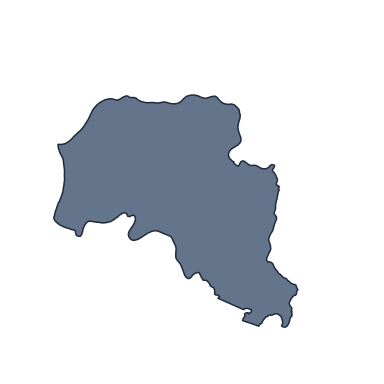 outline of Caapiranga, Amazonas, Brazil, rotated 24°
{"feature_id": "56859067B97968343077652", "entity_name": "Caapiranga", "entity_type": "district", "adm_level": 2, "iso_a3": "BRA", "parent_name": "Brazil", "parent_adm1": "Amazonas", "projection": "natural_earth1", "projection_center": [-61.698, -3.056], "detail": "fine", "context": "isolated", "style": "filled", "palette": "slate", "viewbox_px": 384, "rotation_deg": 24, "n_neighbors": 0, "source": "geoboundaries", "source_scale": "gbopen_adm2", "svg_char_len": 6078}
<svg xmlns="http://www.w3.org/2000/svg" viewBox="0 0 384 384"><g transform="rotate(24 192 192)"><path d="M290.6,288.9L300.7,287.9L307.6,287.4L307.8,285.6L308.2,284.7L308.8,284.0L309.2,282.8L309.1,282.0L309.0,281.0L309.2,280.2L310.1,277.1L310.2,275.9L311.0,275.5L311.6,275.1L312.0,274.2L312.3,273.4L312.9,272.8L314.5,272.3L315.0,272.0L317.6,269.5L318.3,269.1L319.1,268.7L319.7,268.6L320.6,268.7L322.9,269.2L323.9,269.6L324.4,270.0L325.0,270.5L325.9,271.7L327.2,273.0L328.0,274.2L328.3,275.6L328.2,277.6L328.7,278.1L329.6,278.2L330.4,278.1L331.0,278.0L331.9,277.6L332.6,277.0L333.0,276.6L333.5,275.4L333.7,274.6L333.8,271.8L333.7,270.8L333.1,268.0L333.0,266.8L333.2,265.9L333.7,264.8L333.3,264.2L333.3,263.4L332.7,262.5L332.2,262.0L332.1,260.9L331.7,260.4L331.1,260.4L331.0,259.3L330.5,257.6L329.8,257.1L329.1,256.8L328.2,256.3L326.8,255.1L326.4,254.6L326.1,253.8L325.9,253.2L325.8,252.2L325.9,251.5L326.1,250.6L325.9,249.5L326.0,248.4L326.4,247.9L326.5,247.2L326.9,245.7L327.6,244.9L328.3,244.4L328.7,243.5L328.9,242.4L328.5,241.6L328.1,240.9L328.2,240.1L328.2,239.4L328.5,238.4L327.2,237.2L326.0,236.2L324.9,234.9L323.5,234.6L322.1,235.2L320.6,235.0L319.0,235.0L317.6,234.4L314.7,233.6L313.3,232.7L311.8,233.0L310.2,232.9L308.8,232.4L306.0,231.3L304.6,231.3L301.9,229.5L300.5,229.0L299.2,228.2L297.7,227.3L295.5,225.1L294.2,224.4L292.7,224.1L291.2,224.3L289.8,225.0L288.3,224.3L287.4,222.8L287.2,221.2L287.1,219.4L287.1,217.4L287.3,215.6L287.3,213.8L287.1,212.0L285.3,208.8L284.2,207.5L281.9,205.2L281.1,203.6L280.9,201.9L280.8,199.9L280.9,197.9L281.2,196.2L281.4,194.5L281.2,192.7L280.6,189.1L280.4,187.3L280.3,182.7L279.6,180.7L278.8,180.1L278.0,179.6L277.3,179.2L276.4,178.8L275.8,178.3L275.5,177.7L275.4,176.4L275.3,175.1L275.2,173.6L275.0,173.0L274.8,172.4L274.1,171.2L273.7,170.2L273.5,169.3L273.1,167.8L273.0,167.1L272.6,165.8L272.5,164.0L272.2,163.0L271.8,161.0L271.3,159.3L271.0,157.7L270.7,157.1L270.9,156.3L270.6,155.8L270.8,155.1L270.6,154.3L270.0,154.1L269.7,153.6L269.5,152.7L269.0,152.2L269.5,151.7L268.9,151.4L266.7,151.1L266.2,150.9L265.7,150.1L265.5,149.1L265.5,148.2L265.4,147.3L265.2,146.2L264.7,145.5L264.1,144.8L263.5,144.5L263.0,144.0L262.6,143.5L262.0,142.9L261.3,142.4L260.2,141.5L259.5,141.1L258.9,140.8L258.3,140.6L257.5,140.4L256.8,139.7L256.6,138.9L256.6,138.1L256.8,137.4L256.9,136.7L256.9,135.9L256.6,134.1L254.0,134.3L252.6,136.0L252.1,138.1L251.0,139.8L249.5,141.0L247.8,141.8L246.0,142.2L243.7,142.1L241.4,141.7L239.7,141.8L237.6,142.4L235.5,143.7L233.1,144.0L227.0,142.6L225.5,143.0L224.3,144.6L224.1,146.6L224.2,148.6L223.0,149.7L220.8,149.4L219.0,148.8L218.0,147.5L216.4,147.4L212.7,146.0L211.1,144.5L210.2,143.3L209.7,141.4L209.8,138.7L210.6,136.5L214.9,130.3L215.7,127.9L216.0,126.0L215.5,124.3L214.3,122.2L212.5,120.5L211.0,118.9L209.2,116.8L207.2,113.2L206.7,111.0L206.3,109.4L205.9,105.5L205.4,103.9L204.6,101.8L203.2,100.4L202.3,98.6L200.9,97.3L199.1,96.5L197.2,95.8L195.2,95.2L192.4,95.5L190.3,96.8L187.4,97.8L185.7,98.2L182.8,98.1L180.0,97.1L175.9,95.2L173.9,95.1L171.3,96.7L166.4,100.9L163.9,101.6L160.9,101.8L158.4,101.7L155.8,102.2L154.2,102.7L152.3,103.5L150.6,104.7L148.2,106.7L146.7,109.4L146.0,111.5L145.1,113.7L144.0,115.6L142.1,117.4L140.6,118.3L139.2,119.0L136.8,119.8L135.3,120.1L131.3,120.7L129.9,121.1L127.5,122.7L124.9,124.5L120.2,126.1L118.0,127.0L115.4,128.4L113.8,129.0L110.6,129.7L109.1,130.0L107.6,130.0L105.2,129.8L103.0,129.0L100.5,129.3L99.1,130.0L96.6,131.0L94.8,130.5L93.1,130.8L91.1,132.6L90.1,133.9L88.5,136.3L87.2,137.9L85.1,138.9L83.7,139.1L82.0,139.2L79.3,140.1L76.7,141.8L75.3,143.0L73.5,145.0L71.5,147.8L70.6,149.3L69.8,151.0L68.7,154.3L68.2,156.4L67.9,158.6L67.8,162.9L67.7,167.6L66.5,176.0L66.0,178.2L64.7,182.0L63.9,183.5L63.2,185.4L61.7,188.8L60.5,192.5L59.9,194.0L59.0,195.6L57.2,198.5L56.2,199.7L53.0,201.9L51.6,202.4L50.2,203.1L51.8,205.9L53.1,207.4L54.4,208.9L55.8,210.2L57.5,211.5L60.4,213.9L61.7,215.6L62.8,217.6L66.2,223.2L67.0,224.7L68.3,227.9L69.0,229.4L70.1,231.5L70.7,233.0L71.4,235.3L72.0,237.1L72.6,239.6L73.2,241.9L73.8,243.7L74.1,246.0L74.5,250.4L74.6,254.2L74.4,256.2L74.5,258.7L75.0,263.0L75.1,265.3L75.4,267.0L75.9,269.5L76.1,271.4L77.0,272.8L78.5,274.0L79.9,274.6L83.7,275.7L85.4,275.9L88.9,276.0L90.6,275.9L92.3,275.8L93.9,275.4L95.6,275.4L97.9,275.2L99.7,274.7L101.2,275.0L102.2,276.6L103.6,278.3L104.7,278.7L106.4,278.6L107.7,278.1L108.5,276.3L108.2,272.5L107.6,270.9L107.5,269.0L107.4,267.2L107.6,265.1L108.1,263.1L108.9,261.5L110.0,260.5L111.6,259.8L113.2,259.4L115.0,259.0L118.2,258.0L119.6,257.5L121.4,257.1L123.1,256.5L124.8,255.6L126.6,254.5L128.4,253.2L129.8,251.9L131.2,250.1L134.3,244.9L135.1,242.9L136.0,241.2L137.5,239.4L138.8,238.4L140.4,238.1L142.0,239.1L143.1,240.3L145.1,239.9L146.3,238.2L148.0,236.9L149.7,237.6L151.1,239.2L151.7,240.9L151.8,242.9L151.9,244.7L151.6,247.0L150.8,251.2L150.6,253.5L150.7,255.3L151.3,257.1L152.5,258.4L153.9,259.5L155.6,260.2L157.2,260.2L158.8,259.7L160.5,258.4L162.0,257.2L165.2,252.4L167.4,248.9L168.4,247.5L170.0,245.7L171.6,244.0L173.5,242.7L175.0,242.0L177.0,241.6L180.4,241.4L182.1,241.5L186.5,241.3L190.1,241.3L191.5,241.8L193.0,242.8L194.3,244.0L195.7,245.3L197.1,246.3L198.4,247.5L199.8,249.0L200.7,250.5L201.8,253.8L202.6,255.6L203.4,257.5L204.2,258.9L205.7,260.0L207.4,260.9L209.1,261.7L211.1,262.9L212.8,264.5L214.0,265.6L219.1,270.9L220.7,272.0L222.4,272.6L223.9,272.6L225.4,271.2L226.1,269.1L226.6,267.2L227.5,265.6L228.6,264.3L229.8,263.3L231.2,262.9L232.6,263.8L233.9,265.0L235.5,266.2L236.7,267.2L237.9,268.0L241.3,266.9L242.9,267.5L244.6,268.2L247.1,270.4L248.6,270.6L250.3,270.5L251.4,271.2L252.5,272.4L253.4,274.1L254.2,276.1L255.6,276.4L256.9,275.8L259.7,276.2L259.1,278.5L286.1,278.5L286.7,278.4L287.4,278.1L287.6,277.3L288.3,276.4L289.4,276.1L290.1,275.6L290.6,275.7L292.6,275.6L294.2,275.5L294.7,276.3L294.8,277.2L294.7,277.8L294.0,278.5L293.7,279.6L293.3,280.2L292.7,279.8L292.2,279.6L291.5,279.8L291.0,280.1L290.6,280.5L290.0,281.2L289.7,282.0L290.1,282.9L290.7,283.6L290.9,284.4L290.5,285.1L290.3,286.6L290.3,287.5L290.5,288.2L290.6,288.9Z" fill="#64748b" stroke="#1e293b" stroke-width="1.5"/></g></svg>